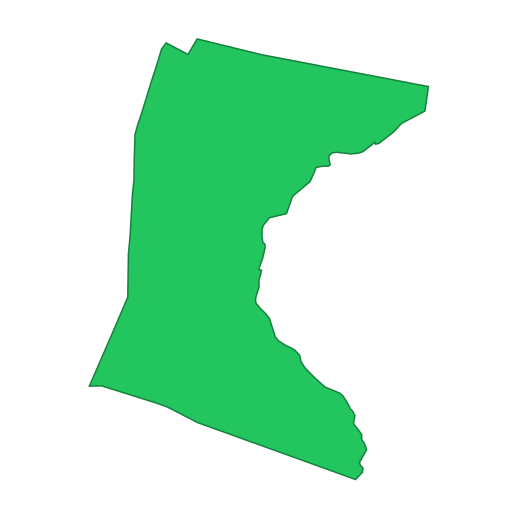 the district of Santiago Apóstol, Oaxaca, Mexico, rotated 279°
{"feature_id": "50627088B59786847930457", "entity_name": "Santiago Apóstol", "entity_type": "district", "adm_level": 2, "iso_a3": "MEX", "parent_name": "Mexico", "parent_adm1": "Oaxaca", "projection": "albers", "projection_center": [-96.73, 16.793], "detail": "fine", "context": "isolated", "style": "filled", "palette": "green", "viewbox_px": 512, "rotation_deg": 279, "n_neighbors": 0, "source": "geoboundaries", "source_scale": "gbopen_adm2", "svg_char_len": 1694}
<svg xmlns="http://www.w3.org/2000/svg" viewBox="0 0 512 512"><g transform="rotate(279 256 256)"><path d="M82.3,224.4L50.8,389.3L59.1,395.0L63.4,394.8L65.4,392.0L68.4,390.5L82.0,395.6L88.7,391.8L90.9,389.2L96.4,388.2L101.4,383.2L105.3,378.9L107.1,378.4L113.5,378.7L117.5,376.1L119.9,373.0L123.1,370.9L128.4,366.5L131.2,363.9L133.6,360.4L137.3,344.8L145.1,332.7L153.2,321.9L158.6,317.1L164.9,314.6L169.2,308.9L171.1,303.7L172.3,299.3L175.6,291.8L179.0,287.8L185.0,284.7L196.4,279.1L200.6,274.5L205.2,268.0L209.4,263.4L212.0,262.5L215.7,262.3L220.3,263.0L225.3,263.9L233.0,262.6L238.2,263.5L242.8,263.6L243.2,260.7L254.5,262.9L265.9,263.7L269.4,262.7L270.5,260.6L276.8,258.8L280.2,258.3L282.3,257.9L283.0,257.8L287.3,258.4L295.9,263.3L302.6,279.5L320.3,282.7L323.3,285.0L337.9,297.7L347.1,300.3L353.1,301.5L353.5,303.4L354.3,305.3L355.5,309.5L356.0,313.5L357.8,315.0L363.6,312.7L366.3,312.5L369.7,314.9L371.1,319.4L371.1,322.7L371.5,328.0L371.6,333.5L373.4,340.6L375.5,344.9L378.5,347.8L386.9,355.8L385.1,356.6L386.4,359.7L400.0,372.5L409.8,379.1L425.6,400.2L450.3,399.8L455.7,229.9L461.2,163.9L444.4,157.3L452.4,133.9L445.8,130.4L428.1,127.9L410.3,125.1L380.6,120.9L366.1,118.5L357.0,117.5L333.1,120.5L313.6,123.3L313.2,123.5L311.4,123.6L309.6,123.7L307.5,123.8L305.8,123.9L298.2,124.3L297.5,124.3L290.7,125.0L284.8,125.6L278.3,126.3L276.7,126.4L275.2,126.6L268.3,127.3L260.2,128.1L257.7,128.3L251.5,128.8L240.7,129.5L238.4,129.6L235.7,130.0L218.2,132.5L216.2,132.8L195.2,135.8L178.8,131.6L169.6,129.3L151.4,124.7L147.6,123.7L144.9,123.0L124.7,117.8L114.7,115.2L105.9,112.9L101.4,111.8L103.6,123.8L95.3,179.6L93.0,192.0L82.3,224.4Z" fill="#22c55e" stroke="#15803d" stroke-width="1.5"/></g></svg>